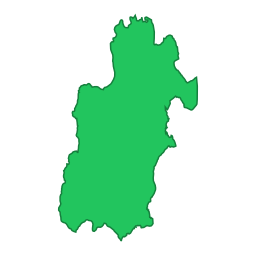 Antsohihy, Sofia, Madagascar
{"feature_id": "10022922B54557741887580", "entity_name": "Antsohihy", "entity_type": "district", "adm_level": 2, "iso_a3": "MDG", "parent_name": "Madagascar", "parent_adm1": "Sofia", "projection": "equal_earth", "projection_center": [48.096, -14.972], "detail": "fine", "context": "isolated", "style": "filled", "palette": "green", "viewbox_px": 256, "rotation_deg": 0, "n_neighbors": 0, "source": "geoboundaries", "source_scale": "gbopen_adm2", "svg_char_len": 5787}
<svg xmlns="http://www.w3.org/2000/svg" viewBox="0 0 256 256"><path d="M121.5,240.2L121.5,239.5L122.3,237.7L123.4,236.5L124.7,236.8L126.0,235.6L126.5,235.6L126.6,235.4L126.5,234.7L126.9,234.3L126.8,233.8L128.2,233.3L128.6,233.8L129.3,233.9L130.5,233.1L132.7,229.4L133.7,228.5L134.3,228.5L134.2,227.7L134.4,227.4L134.9,226.9L135.8,227.1L135.5,226.5L135.7,225.9L137.2,225.8L137.8,225.4L138.8,225.7L140.2,225.4L141.1,226.6L141.1,227.6L141.7,227.8L143.1,227.4L143.7,227.5L146.8,225.6L149.5,226.1L151.1,225.9L151.9,225.2L153.0,223.6L152.7,218.8L152.4,218.5L152.1,218.6L151.5,218.0L150.8,218.2L150.8,217.4L150.6,217.3L149.7,217.3L149.6,216.5L149.7,215.2L149.0,211.6L148.6,211.4L148.5,210.0L147.8,210.1L147.6,209.1L147.0,209.3L146.7,209.0L147.0,208.2L146.9,207.5L147.4,207.0L147.4,205.0L147.8,204.5L148.0,203.8L148.9,202.2L150.5,201.6L150.7,200.9L150.5,199.2L150.7,198.3L151.7,196.9L152.2,196.9L152.6,195.8L153.1,195.2L154.1,193.5L155.5,189.8L155.6,187.9L155.2,185.3L153.4,180.9L153.2,177.8L153.6,173.8L153.3,171.4L154.1,168.5L154.0,166.9L155.4,165.3L156.1,163.4L157.1,161.3L157.4,160.0L158.2,158.9L158.5,157.4L159.5,156.0L161.3,154.7L161.4,154.1L163.5,152.3L165.1,149.5L166.8,148.3L168.1,146.2L168.9,145.8L169.7,146.9L170.3,147.1L171.2,146.5L172.1,146.8L172.9,146.7L173.6,147.0L175.8,146.2L175.8,145.5L174.9,142.4L174.0,140.3L172.8,139.1L172.6,137.0L172.0,135.7L171.2,135.4L171.0,136.2L171.2,137.0L169.6,137.4L168.5,136.6L168.2,135.6L167.6,135.1L167.1,132.9L166.5,132.0L166.1,131.9L165.8,133.6L165.6,133.2L165.6,131.9L165.3,131.1L165.7,129.5L165.4,128.7L165.6,128.4L166.7,128.1L167.0,127.6L166.1,127.5L165.9,127.2L166.6,126.2L166.1,125.3L166.2,124.0L166.9,122.0L168.4,121.0L168.4,120.0L169.0,118.7L168.9,118.5L168.0,118.6L167.9,116.6L166.7,114.7L167.0,112.8L166.5,112.1L166.1,111.1L165.5,110.5L165.3,107.1L167.2,109.7L167.6,109.3L170.2,103.6L169.9,100.8L173.2,98.3L175.3,96.4L176.1,96.9L176.1,96.6L176.6,97.0L177.1,96.9L178.8,97.6L179.6,97.4L180.1,97.7L181.3,100.2L182.2,101.3L182.7,102.5L184.1,104.3L183.9,105.2L184.2,105.7L184.1,106.8L184.5,107.4L186.6,107.8L190.9,109.9L191.9,109.9L193.1,109.0L196.4,105.0L196.9,104.0L197.2,99.2L197.3,86.2L196.5,77.3L194.7,78.4L194.0,79.3L192.1,80.7L191.1,80.8L187.9,82.7L187.1,82.8L186.4,81.8L185.6,81.4L185.5,80.5L184.3,78.7L182.6,76.7L181.6,75.1L180.8,74.8L180.3,73.3L179.4,72.9L179.1,72.0L177.8,70.3L176.5,69.9L176.2,69.1L175.6,68.8L174.3,65.9L174.0,63.8L174.0,62.3L174.5,61.4L175.2,60.7L178.6,58.9L178.6,58.1L178.2,56.9L178.0,55.6L178.0,55.0L178.5,53.9L178.5,53.5L177.8,51.7L177.4,47.0L177.2,46.8L176.9,46.9L176.2,45.5L175.7,42.6L175.1,41.1L174.2,40.1L173.7,38.5L173.3,38.2L172.8,38.2L172.6,37.9L172.3,37.0L172.3,36.3L171.8,35.9L170.4,35.2L169.1,35.2L166.6,36.6L165.8,38.1L165.3,38.5L163.8,38.3L163.6,40.7L163.0,42.3L161.6,43.2L160.9,44.2L160.3,44.7L157.9,45.2L156.0,44.2L154.9,44.8L154.2,44.5L154.0,43.7L153.9,42.6L154.2,38.3L154.3,32.0L153.2,25.2L152.6,23.8L151.7,22.4L151.4,19.9L146.6,17.1L145.3,17.4L145.0,17.7L144.9,18.1L145.2,19.8L146.0,20.1L147.7,20.1L147.8,21.1L146.7,22.3L144.9,21.4L143.0,21.8L142.4,20.2L141.8,17.2L141.6,18.4L141.3,19.1L140.9,19.5L139.5,19.9L138.7,20.9L136.9,20.7L136.6,20.3L136.3,18.4L135.6,16.8L135.2,15.4L134.2,17.0L132.9,18.3L132.6,17.6L130.9,17.0L130.3,17.1L130.0,17.7L130.1,19.5L131.1,21.9L131.2,23.2L130.6,24.1L128.8,25.3L128.5,25.7L128.3,27.1L128.0,27.7L125.8,27.6L125.0,27.3L124.1,26.5L123.1,24.1L122.7,22.5L122.7,21.1L122.2,20.2L121.7,19.9L120.9,20.1L120.3,20.8L119.2,23.9L118.7,24.5L116.2,25.8L114.9,27.4L114.4,29.4L115.2,32.2L116.5,33.9L116.4,35.5L116.0,36.5L115.4,37.2L113.9,38.1L113.3,38.0L113.1,38.4L113.1,39.7L113.6,40.6L113.5,41.6L111.6,42.0L110.5,43.4L110.5,44.4L110.7,49.0L111.0,50.3L112.8,54.9L113.0,57.8L112.7,61.1L113.1,62.5L113.4,66.4L114.8,72.4L114.7,76.4L113.6,79.4L111.7,82.8L110.7,84.1L107.2,86.7L106.1,87.2L104.8,87.4L103.6,88.6L103.4,89.6L101.5,89.3L100.3,88.8L98.4,87.2L97.0,86.7L94.5,86.7L92.2,87.2L91.7,86.2L90.9,85.7L90.7,85.2L89.7,84.0L88.9,83.6L88.0,83.8L86.6,85.0L84.4,84.7L83.8,84.8L83.4,85.3L82.4,85.4L80.8,86.2L80.3,87.2L79.4,88.0L79.4,90.0L78.5,90.6L78.7,92.0L79.2,92.3L78.5,93.0L78.3,94.0L78.2,98.5L77.5,100.8L77.5,102.5L76.9,104.3L76.0,105.8L75.4,107.5L74.7,108.4L74.7,110.3L74.4,111.2L74.0,111.4L72.9,111.4L72.6,111.7L72.3,112.9L72.7,114.7L72.6,115.3L73.0,116.1L73.8,116.8L74.8,117.1L75.7,118.5L76.0,118.7L76.7,118.5L77.0,121.2L77.2,122.3L77.2,123.2L77.4,123.9L77.3,125.1L77.9,125.8L77.5,126.9L77.3,128.3L77.5,129.5L77.0,132.9L76.4,134.6L76.3,135.3L76.7,136.3L78.0,137.5L79.0,139.5L78.9,140.9L79.2,143.4L78.6,145.9L78.5,148.4L78.0,151.1L77.9,152.4L77.3,152.4L76.8,151.4L76.4,151.1L75.9,151.3L75.2,151.2L73.0,152.0L72.1,153.2L69.5,154.7L69.1,155.6L68.4,158.4L68.9,159.8L68.6,161.3L69.3,162.3L68.9,164.0L68.2,164.4L67.6,164.0L66.9,163.9L66.9,165.6L66.5,166.9L65.1,168.3L64.3,170.3L63.7,170.6L64.2,172.7L63.6,175.4L63.6,177.0L64.4,179.0L64.3,180.0L65.0,180.4L65.3,180.8L65.2,182.6L64.8,183.2L63.9,183.4L62.8,184.3L62.0,186.4L62.0,187.3L61.6,189.0L61.8,189.9L61.4,191.4L61.6,193.6L60.7,194.8L60.1,196.8L60.1,200.9L60.8,203.7L60.5,204.9L58.8,207.8L58.7,209.0L58.7,210.2L60.1,212.2L60.3,214.9L60.9,217.3L61.0,219.5L61.3,220.9L62.4,221.9L63.9,222.6L64.9,222.8L66.2,223.7L67.4,225.4L68.1,226.8L69.2,228.2L69.6,228.5L70.7,228.6L72.0,230.5L73.7,231.4L75.8,232.1L76.2,230.1L77.4,229.2L78.6,226.6L79.6,226.1L80.5,224.4L82.4,222.6L84.6,221.7L86.2,219.9L87.3,219.7L88.5,220.4L91.0,220.8L91.7,221.3L92.3,222.1L93.0,224.1L92.5,228.3L92.5,229.7L92.6,230.4L93.1,231.1L94.3,231.3L96.0,229.9L96.8,228.0L97.2,227.5L98.1,227.1L100.6,227.2L101.8,226.6L103.0,225.3L104.2,223.2L105.9,223.6L107.3,225.9L108.2,226.5L110.0,227.1L113.8,230.1L114.3,231.1L118.0,234.8L118.3,235.8L118.2,236.7L118.9,237.9L120.2,239.2L120.9,240.5L121.2,240.6L121.5,240.2Z" fill="#22c55e" stroke="#15803d" stroke-width="1.5"/></svg>